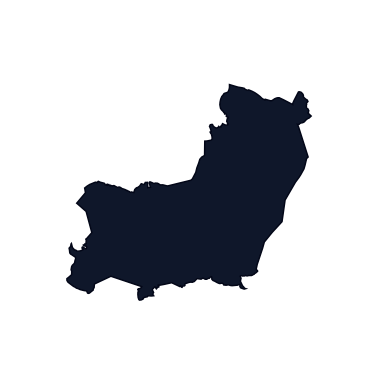 Ocampo, Michoacán, Mexico (Robinson projection), rotated 299°
{"feature_id": "50627088B22128423990537", "entity_name": "Ocampo", "entity_type": "district", "adm_level": 2, "iso_a3": "MEX", "parent_name": "Mexico", "parent_adm1": "Michoacán", "projection": "robinson", "projection_center": [-100.33, 19.586], "detail": "fine", "context": "isolated", "style": "filled", "palette": "ink", "viewbox_px": 384, "rotation_deg": 299, "n_neighbors": 0, "source": "geoboundaries", "source_scale": "gbopen_adm2", "svg_char_len": 6022}
<svg xmlns="http://www.w3.org/2000/svg" viewBox="0 0 384 384"><g transform="rotate(299 192 192)"><path d="M304.1,172.7L301.8,174.0L299.8,174.7L297.4,175.0L296.5,174.8L295.2,173.7L294.4,172.9L293.6,172.3L292.0,172.2L289.9,171.8L287.1,172.1L284.2,173.0L281.8,174.1L279.1,176.3L278.2,177.9L277.6,180.1L277.0,181.3L277.1,181.9L276.7,182.3L276.4,182.4L276.1,182.7L276.3,182.9L276.5,182.7L276.8,183.2L276.7,183.8L276.3,184.6L276.0,185.0L274.9,185.2L274.9,185.8L274.8,186.2L274.7,186.2L274.7,186.6L274.9,187.5L274.6,187.6L273.8,187.6L272.7,187.3L272.2,187.7L270.8,188.0L270.5,188.3L270.1,189.0L268.9,190.1L268.9,190.3L269.1,190.7L269.0,190.8L268.0,190.8L267.4,190.1L266.7,188.4L266.6,185.6L266.3,185.6L265.4,186.0L264.8,185.5L264.5,185.5L264.2,185.7L263.9,185.7L264.0,186.0L263.6,185.6L263.4,185.2L263.4,184.7L263.0,185.7L261.9,184.5L262.3,183.6L261.1,183.5L259.9,182.5L259.6,181.8L259.6,180.0L260.2,178.1L260.9,177.3L260.9,176.8L259.7,175.4L257.9,175.5L256.4,177.4L254.2,179.5L253.2,178.8L252.5,179.8L252.2,180.6L251.4,181.6L251.0,181.8L250.9,182.2L249.9,182.7L249.8,183.0L248.2,183.8L247.5,183.9L246.7,183.7L243.9,180.4L242.7,178.5L230.4,185.1L229.5,185.0L227.3,183.6L224.4,183.0L220.8,183.8L215.3,184.6L211.0,185.8L203.6,186.0L201.7,185.3L185.6,167.9L185.2,167.1L184.3,163.6L184.0,162.8L183.3,161.6L182.9,161.2L182.9,159.7L183.0,158.6L182.9,157.5L182.0,155.6L181.3,155.0L180.8,153.8L180.8,152.3L180.5,150.3L179.5,150.2L179.1,150.3L176.0,153.4L174.3,151.2L178.9,148.5L177.7,146.5L175.3,146.6L174.6,143.6L171.7,143.3L168.5,141.7L168.6,141.3L167.9,141.2L166.5,140.7L163.3,141.4L163.0,140.2L162.7,139.6L162.7,139.1L162.0,138.6L161.7,138.1L162.0,137.3L161.9,135.6L161.7,134.6L161.9,134.1L161.6,133.8L161.7,132.4L161.0,128.5L161.3,127.8L161.2,126.3L160.6,125.3L160.1,124.9L159.8,124.4L159.8,120.8L159.7,120.5L158.9,119.5L158.6,119.5L158.5,118.9L158.4,117.5L157.6,117.4L157.6,116.9L158.2,115.7L157.9,115.2L157.4,115.2L157.0,114.9L157.5,114.3L157.8,114.3L157.8,114.2L157.2,113.7L157.0,113.8L156.9,114.3L156.4,114.0L156.1,112.6L156.5,112.3L157.0,111.5L157.1,111.0L156.1,107.1L155.9,105.5L156.0,105.1L155.8,104.8L155.5,104.7L155.0,104.6L154.2,104.6L154.0,104.4L154.1,103.5L154.0,103.2L153.6,102.6L149.0,98.9L146.3,97.4L143.4,96.2L142.0,97.4L141.0,98.1L140.2,98.9L139.2,99.1L126.3,96.6L123.7,108.8L107.9,124.1L100.1,122.4L99.3,122.0L98.1,123.2L96.6,123.7L96.2,124.0L95.7,124.5L95.1,124.3L94.9,123.8L94.7,123.5L94.4,123.4L93.3,123.4L93.2,123.2L93.2,122.9L92.9,122.7L92.6,123.7L92.9,124.8L93.3,125.5L93.1,126.4L91.4,127.1L90.9,126.8L90.7,126.4L91.0,123.1L90.6,122.8L89.7,122.9L89.0,124.7L88.1,124.3L87.6,123.8L87.4,123.8L86.3,122.8L84.9,120.9L84.6,120.0L84.8,118.5L84.3,116.9L84.7,116.6L85.1,115.2L85.7,114.1L88.5,111.5L87.9,111.4L86.3,112.0L85.2,112.3L84.1,111.8L83.2,111.8L81.8,113.0L79.8,114.4L79.2,115.1L78.9,115.9L78.5,121.3L78.2,121.9L77.7,122.3L77.0,122.6L75.4,122.9L73.4,123.6L72.2,123.6L69.9,122.9L68.4,122.9L65.5,123.9L64.7,124.7L64.3,125.4L63.7,125.6L61.3,126.8L57.4,125.4L55.6,124.6L54.0,125.5L53.0,127.3L52.0,134.1L52.1,136.1L51.9,137.4L52.3,139.4L52.4,141.3L53.5,145.5L54.4,147.8L53.0,149.6L53.0,150.2L53.3,150.8L53.9,151.3L58.3,153.1L58.9,152.8L59.5,152.7L61.0,152.7L63.4,151.6L64.3,151.3L79.0,161.9L84.9,193.9L84.1,194.0L83.1,193.7L82.5,193.4L81.3,192.0L80.6,191.8L80.2,192.0L79.8,193.2L79.1,193.8L78.4,193.2L76.2,194.3L73.7,196.0L72.3,197.5L72.0,198.2L72.0,198.5L73.0,199.9L74.5,201.0L75.0,201.1L75.5,200.7L77.0,201.7L78.7,203.7L80.0,204.0L81.4,206.9L82.7,208.8L83.0,208.4L83.3,207.5L83.5,207.1L85.5,207.1L87.0,205.0L88.0,204.6L88.6,204.6L89.2,205.0L90.3,205.3L90.9,205.2L91.0,205.4L91.1,206.3L90.1,207.4L90.0,207.8L90.9,208.0L91.3,207.8L91.7,207.7L92.7,208.9L93.0,209.0L94.0,207.6L94.4,207.5L94.5,207.8L94.8,208.9L97.7,212.4L102.8,218.2L103.4,227.1L104.3,227.3L104.6,227.5L104.5,228.0L104.0,228.2L103.7,228.8L103.7,229.2L103.8,229.5L105.4,229.6L105.6,229.8L106.1,230.8L106.8,231.1L107.6,230.5L108.6,230.6L111.4,233.1L112.6,234.6L113.2,236.0L114.9,237.4L118.4,238.3L118.8,238.6L119.9,241.5L120.3,242.3L120.6,242.5L121.1,242.6L121.9,243.3L122.1,244.0L122.1,245.8L122.8,247.1L123.5,247.6L124.2,247.9L124.9,248.9L125.3,249.1L127.0,249.4L127.4,250.0L127.3,250.4L125.3,251.7L124.9,252.9L124.8,253.5L125.0,254.6L125.0,258.0L125.2,259.9L125.4,260.7L126.8,262.4L127.0,263.1L126.9,263.8L126.3,264.4L126.1,265.1L126.8,266.0L126.6,266.0L127.0,267.0L128.5,268.9L129.0,271.3L129.6,272.6L132.6,277.0L134.0,278.1L134.2,278.6L134.3,278.9L134.2,279.1L132.8,279.5L131.8,280.8L132.0,282.6L132.4,284.7L133.5,285.8L133.3,284.8L133.3,284.5L133.8,283.7L134.5,281.6L137.3,277.7L137.8,277.4L138.9,277.2L139.4,276.8L140.1,276.8L141.0,275.9L141.3,275.3L141.6,275.0L141.9,275.0L142.3,275.1L143.0,276.2L143.1,277.2L143.6,277.6L143.8,278.3L144.3,278.8L145.0,279.2L145.1,279.4L145.0,280.0L145.7,281.4L146.5,282.0L146.6,282.5L147.2,283.1L147.5,284.2L148.1,284.5L148.4,285.0L149.8,285.8L150.2,286.2L151.4,286.4L151.8,286.8L152.7,287.2L154.5,287.8L154.7,287.7L155.1,287.1L155.2,286.0L155.3,285.8L156.1,285.4L160.4,284.1L177.0,281.0L183.3,279.5L195.6,281.7L209.7,285.1L230.1,277.3L250.7,277.7L256.7,278.5L260.1,278.7L266.5,278.7L270.0,277.9L276.8,276.0L278.9,276.6L300.6,253.6L302.3,251.4L302.5,252.2L302.8,252.6L303.2,252.9L304.1,253.1L305.0,253.6L306.3,255.2L307.6,256.1L310.3,256.8L310.7,256.8L311.3,257.2L312.5,257.6L312.9,258.2L313.6,258.6L316.2,259.4L317.3,255.2L317.9,255.3L319.9,254.6L320.2,253.9L320.5,253.7L320.8,253.3L320.9,252.0L321.1,251.3L322.1,250.7L322.9,250.1L324.2,249.8L324.8,249.3L325.4,249.1L325.9,249.1L327.1,249.5L327.4,249.5L328.3,248.2L328.4,247.6L328.3,246.6L328.8,244.5L329.3,243.2L330.6,242.5L331.4,241.4L332.1,239.3L332.0,238.4L331.6,237.1L331.1,236.6L321.4,236.9L318.1,237.2L317.3,237.7L317.0,227.3L316.7,222.5L315.9,221.2L315.1,220.3L313.6,219.1L310.6,217.6L309.8,216.3L308.6,211.1L307.8,211.2L307.7,209.2L307.8,207.7L308.5,205.2L309.0,202.1L309.3,198.7L309.2,195.6L308.8,192.1L308.1,191.8L307.7,190.2L307.6,188.6L308.0,187.4L307.4,185.2L306.0,181.3L304.1,172.7Z" fill="#0f172a" stroke="#020617" stroke-width="1.5"/></g></svg>